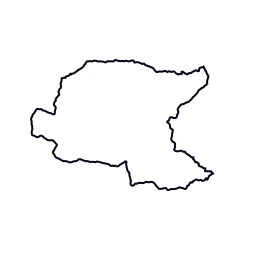 Monte Alegre de Minas, Minas Gerais, Brazil (Albers equal-area conic projection), rotated 161°
{"feature_id": "56859067B97314515422206", "entity_name": "Monte Alegre de Minas", "entity_type": "district", "adm_level": 2, "iso_a3": "BRA", "parent_name": "Brazil", "parent_adm1": "Minas Gerais", "projection": "albers", "projection_center": [-48.909, -18.813], "detail": "fine", "context": "isolated", "style": "outline", "palette": "ink", "viewbox_px": 256, "rotation_deg": 161, "n_neighbors": 0, "source": "geoboundaries", "source_scale": "gbopen_adm2", "svg_char_len": 5770}
<svg xmlns="http://www.w3.org/2000/svg" viewBox="0 0 256 256"><g transform="rotate(161 128 128)"><path d="M63.5,59.9L65.8,60.9L66.8,61.0L67.4,61.6L69.2,62.1L68.1,64.1L68.4,65.0L69.3,65.1L70.3,66.2L70.7,67.1L71.3,67.6L72.1,68.0L72.9,68.8L73.4,69.8L72.7,70.6L72.9,71.6L73.6,72.4L73.9,73.2L74.5,73.6L75.3,73.6L75.7,74.3L75.6,75.1L75.8,76.2L76.5,77.3L76.0,78.1L75.8,78.9L76.8,79.0L77.3,79.8L78.0,80.4L78.8,81.9L79.3,82.7L80.0,83.2L80.5,83.9L81.8,85.9L81.7,86.9L82.4,87.4L83.2,87.5L84.1,88.0L84.7,88.8L85.5,89.3L86.5,89.5L88.6,89.7L89.2,90.0L90.7,91.0L91.3,91.7L91.4,92.7L90.6,93.4L89.8,94.5L89.4,96.2L88.9,97.0L88.5,98.1L89.4,99.7L90.3,100.6L90.7,101.4L90.8,102.3L90.8,103.2L90.4,104.1L89.1,106.0L88.6,107.3L88.0,108.5L86.4,111.0L86.4,112.0L87.9,113.9L88.0,115.1L87.7,115.9L87.4,117.9L87.7,118.8L89.1,120.7L88.7,121.3L86.7,122.0L85.1,124.0L84.0,124.3L83.0,123.8L81.2,122.3L79.7,122.0L78.9,122.2L78.2,122.7L77.7,123.7L77.3,124.4L76.6,124.8L75.3,126.5L75.1,127.5L75.2,128.5L74.9,129.6L74.0,130.3L73.4,130.9L71.4,132.3L70.4,132.8L69.2,132.8L67.2,132.6L64.4,133.2L63.6,132.9L61.9,133.1L58.4,134.7L56.2,136.2L53.8,137.0L53.1,137.6L51.6,138.3L50.8,138.9L48.5,140.9L46.9,141.1L45.1,141.9L43.8,141.8L42.8,142.3L42.2,142.8L41.5,142.9L40.8,143.2L40.0,143.2L39.5,143.8L38.6,144.1L38.3,145.7L37.4,147.5L36.1,149.1L35.1,150.8L35.6,151.6L35.4,152.4L35.4,153.2L35.9,154.4L35.7,156.3L36.2,156.9L36.2,157.7L36.4,158.8L36.4,160.3L36.6,161.4L37.4,161.1L38.5,161.4L39.5,161.3L40.5,161.4L41.3,161.1L42.2,159.0L43.1,158.8L44.4,160.1L45.1,160.5L46.0,160.3L48.6,160.1L50.7,159.4L52.8,160.1L53.8,159.5L54.7,159.4L55.4,160.0L58.1,163.6L59.1,163.5L59.2,162.3L59.8,161.6L61.0,161.9L61.8,162.3L62.9,162.2L63.8,162.9L64.9,164.2L65.6,165.7L66.2,166.5L67.1,166.9L68.3,166.7L69.2,167.1L70.3,168.1L71.2,168.4L72.3,168.1L73.1,168.5L73.6,169.3L74.4,169.9L76.1,170.1L77.3,170.1L78.2,170.5L80.3,171.3L81.3,171.3L82.1,171.4L82.9,171.7L83.4,172.5L84.7,176.2L85.9,177.7L86.8,178.1L87.3,178.9L87.9,179.5L89.0,179.8L89.5,180.9L90.4,181.2L91.1,181.7L91.7,183.5L92.5,183.8L93.4,183.8L94.0,184.2L96.7,186.7L98.2,187.4L100.0,187.6L100.7,188.0L100.6,188.9L100.9,189.8L101.7,190.5L102.6,190.6L104.9,190.6L105.8,190.8L107.8,192.2L108.7,192.4L109.9,192.3L111.4,193.2L113.7,193.8L115.6,194.8L117.5,196.3L118.5,196.5L119.5,195.7L120.7,195.9L122.0,196.5L123.0,196.7L123.8,197.2L124.8,197.4L125.7,197.8L126.9,197.5L128.2,197.4L129.8,198.8L130.8,199.1L131.6,199.7L134.2,200.6L135.0,200.7L136.3,202.0L137.3,202.3L138.2,202.8L140.3,202.6L141.4,203.3L143.5,203.9L144.5,204.0L145.2,204.3L146.1,203.8L146.8,203.1L147.4,202.4L148.2,202.4L149.6,201.0L152.4,199.6L153.4,199.7L154.4,199.2L155.2,199.1L156.0,199.3L157.0,198.6L158.0,198.2L159.0,198.1L161.3,197.3L163.4,197.6L164.1,197.2L164.6,197.9L165.4,197.8L165.9,197.2L166.7,196.8L167.8,196.8L168.8,197.0L169.7,196.7L170.4,196.6L170.7,195.8L171.4,195.9L172.2,196.3L172.9,196.5L173.7,196.3L174.4,196.6L175.5,194.1L176.7,192.7L177.3,191.8L177.5,190.7L177.6,189.6L178.0,188.5L178.7,187.7L179.9,187.2L181.4,185.7L182.0,184.5L182.2,181.9L182.8,181.4L184.3,180.8L185.0,180.1L186.1,179.6L186.8,179.1L187.6,177.1L188.4,176.8L189.3,176.2L189.8,175.4L190.3,174.5L190.4,173.7L190.2,172.8L189.7,172.0L189.7,171.0L190.0,170.0L191.2,168.5L191.7,167.6L192.4,165.8L192.9,165.2L193.7,165.1L194.3,165.4L194.9,165.8L196.4,167.4L197.7,168.1L198.4,168.6L199.1,169.3L200.9,171.3L202.9,172.4L203.7,174.0L205.8,174.6L206.5,175.1L207.4,175.4L208.3,175.5L209.0,175.1L209.5,174.4L210.4,173.9L210.9,173.3L212.4,172.4L213.3,171.9L214.4,170.9L215.1,169.9L216.5,168.5L216.8,167.8L217.0,165.5L217.9,162.9L218.0,161.0L218.6,159.0L218.7,158.2L219.3,157.5L219.7,156.7L220.2,156.0L220.6,154.9L220.9,153.5L220.8,152.3L220.0,151.7L219.2,151.3L218.8,150.7L217.2,149.1L216.4,148.7L215.0,148.8L213.6,149.3L212.8,149.0L212.1,148.6L211.3,147.9L210.7,146.3L210.0,145.3L209.2,144.7L208.3,143.2L207.5,142.4L204.7,141.4L203.6,141.2L202.8,140.3L200.9,136.0L200.8,135.0L201.3,134.3L202.2,133.8L203.8,132.5L205.2,130.9L206.1,130.5L206.8,129.8L207.0,129.0L206.8,128.1L206.4,127.0L206.2,125.4L206.0,124.5L205.6,123.6L204.2,122.1L202.7,121.0L202.2,120.1L201.4,119.2L199.4,117.4L198.5,117.3L197.6,116.9L196.0,115.9L194.5,114.6L193.5,114.2L191.6,114.0L190.5,114.2L188.3,113.7L187.3,113.6L186.3,113.8L184.8,114.5L183.9,114.2L183.0,113.8L180.1,111.3L178.1,110.1L177.2,109.9L175.8,109.0L175.1,108.3L173.2,107.8L172.1,107.3L171.4,107.1L169.9,106.3L168.2,106.4L167.5,106.0L164.3,104.0L163.7,103.4L162.9,102.9L160.7,101.7L159.2,100.6L158.4,100.4L157.9,99.8L157.3,98.7L156.6,97.9L155.5,97.4L154.5,97.4L154.0,96.7L152.9,96.6L152.1,96.4L151.4,95.6L150.7,95.2L149.8,95.1L149.1,95.2L147.6,95.9L146.7,95.9L145.5,96.4L143.2,96.7L142.4,97.1L141.4,97.3L140.6,96.8L140.8,95.7L141.4,94.8L141.6,94.1L142.1,91.2L142.0,90.2L142.3,89.3L142.3,88.0L142.0,86.7L141.5,85.7L141.4,84.7L141.8,84.0L142.2,81.8L142.1,80.6L142.4,79.4L142.5,78.3L142.3,77.4L143.5,75.3L143.8,73.2L143.2,72.3L142.3,71.9L141.2,71.9L140.3,72.6L139.3,73.0L137.7,72.4L136.0,72.6L134.3,72.2L132.2,71.2L131.5,71.0L128.5,71.1L127.6,70.8L126.9,70.3L126.2,70.0L125.4,69.8L123.6,69.5L122.7,69.2L121.7,68.1L120.9,66.7L120.0,63.6L119.4,62.7L119.1,61.6L118.3,60.2L117.3,59.9L115.4,59.5L112.6,59.2L111.8,58.9L111.3,58.2L111.1,57.0L110.7,56.4L110.0,56.2L109.1,56.1L107.0,56.3L106.0,55.8L103.0,55.0L101.0,54.9L98.6,55.2L97.6,54.5L96.9,53.8L96.1,53.5L95.1,52.8L94.3,52.0L93.6,51.7L92.8,51.8L92.1,52.3L91.5,53.3L90.6,54.1L89.4,54.0L87.1,56.0L86.4,56.2L85.6,55.6L84.8,55.6L84.3,56.4L82.4,56.6L81.3,57.1L80.2,57.1L79.2,56.4L78.4,55.5L77.3,55.3L76.3,55.4L75.7,54.9L75.3,54.1L74.3,53.7L72.6,53.6L71.9,53.9L70.8,55.1L70.0,54.6L69.9,53.5L69.0,53.9L68.5,54.6L67.8,55.2L67.2,56.1L66.3,56.5L65.2,56.6L64.6,57.0L63.7,57.3L62.5,57.2L62.8,58.2L63.4,59.1L63.5,59.9Z" fill="none" stroke="#020617" stroke-width="2"/></g></svg>